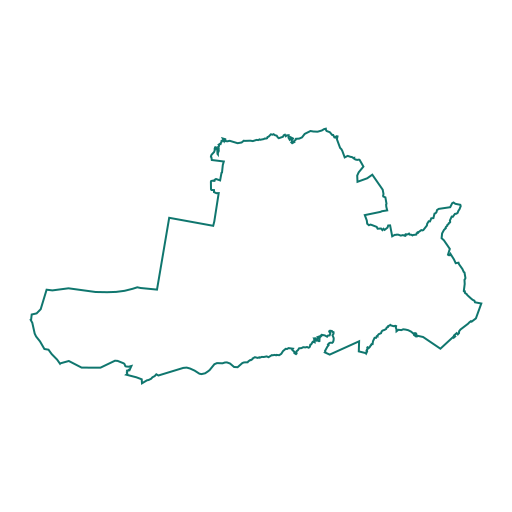 Nicolás Romero, México, Mexico (Albers equal-area conic projection)
{"feature_id": "50627088B48014744788931", "entity_name": "Nicolás Romero", "entity_type": "district", "adm_level": 2, "iso_a3": "MEX", "parent_name": "Mexico", "parent_adm1": "México", "projection": "albers", "projection_center": [-99.37, 19.634], "detail": "fine", "context": "isolated", "style": "outline", "palette": "teal", "viewbox_px": 512, "rotation_deg": 0, "n_neighbors": 0, "source": "geoboundaries", "source_scale": "gbopen_adm2", "svg_char_len": 6106}
<svg xmlns="http://www.w3.org/2000/svg" viewBox="0 0 512 512"><path d="M366.1,353.6L366.9,351.9L366.5,351.2L367.1,351.0L366.9,349.5L367.8,348.8L367.3,347.5L367.6,347.2L369.0,347.8L370.1,346.6L370.4,345.7L371.2,345.2L371.2,344.5L371.9,343.9L372.6,344.0L373.0,341.2L374.6,337.8L376.1,337.8L376.7,336.3L377.5,336.4L377.4,335.8L378.7,334.2L381.0,333.2L381.7,331.4L382.5,330.6L384.5,329.9L386.1,329.0L386.7,327.5L387.9,327.1L388.1,326.1L389.9,325.4L390.3,324.9L391.2,325.5L393.7,326.2L395.2,325.8L396.1,326.1L395.8,327.7L396.4,329.0L396.5,331.3L398.4,329.8L401.4,330.1L403.2,329.3L405.7,329.6L408.2,330.2L411.2,331.7L413.9,334.1L414.0,335.0L415.4,336.0L415.4,334.5L415.0,333.2L415.7,333.2L416.3,333.9L416.4,335.8L416.7,336.2L417.3,336.3L417.7,335.8L423.1,337.0L440.4,348.7L453.1,337.0L453.7,337.7L455.2,336.4L454.2,335.3L456.7,333.1L457.8,334.4L459.0,333.1L459.1,331.3L460.5,329.5L468.1,323.7L469.3,322.4L470.9,321.2L471.3,321.7L471.7,321.6L475.9,318.4L481.3,303.5L475.0,302.3L474.4,300.7L472.6,299.8L470.9,298.4L467.3,295.1L466.7,294.1L465.1,293.1L464.8,291.4L464.2,291.5L463.8,291.1L464.7,284.0L464.5,279.8L465.3,278.6L465.4,277.8L464.5,272.5L463.7,271.9L462.4,269.0L459.0,264.2L458.5,262.7L455.7,263.2L454.0,259.5L450.5,253.9L449.9,255.2L448.8,255.2L448.0,254.7L449.8,248.9L443.9,240.3L441.6,238.2L442.1,233.4L444.0,229.9L445.7,228.3L445.5,228.0L445.9,227.0L447.3,225.7L447.3,225.0L448.7,223.8L448.8,223.2L449.9,222.5L450.2,222.0L449.9,220.5L451.7,216.6L452.8,216.8L454.9,213.9L456.4,213.7L457.6,212.9L458.4,210.8L459.5,209.2L460.7,206.1L460.3,204.8L455.3,203.8L453.5,202.5L452.2,203.2L450.2,207.2L438.7,208.9L437.0,210.1L436.5,212.1L435.6,213.2L434.5,213.6L433.4,218.1L431.3,218.3L430.0,221.4L428.7,221.3L427.2,223.7L426.9,225.5L423.3,230.1L422.4,230.4L421.3,230.1L418.9,231.9L417.8,232.2L417.9,232.9L416.7,233.2L416.3,234.6L413.0,235.0L412.5,235.4L411.2,234.7L409.6,234.6L409.0,233.6L407.7,234.4L405.8,234.3L405.8,234.7L405.3,234.9L405.6,235.6L405.2,235.9L402.9,235.1L400.8,235.6L398.3,234.7L396.8,234.6L395.9,234.9L394.7,234.9L392.2,236.3L390.1,225.4L388.2,225.5L387.5,227.6L384.6,229.9L383.5,228.8L382.4,230.1L381.0,228.5L377.6,228.7L376.7,226.9L371.8,225.0L370.5,224.6L368.9,225.2L367.2,223.7L366.8,220.5L364.8,215.1L380.4,211.9L382.0,211.2L387.2,210.4L386.3,206.8L386.1,204.6L386.5,203.8L385.4,197.4L383.3,196.5L383.1,195.8L383.5,194.0L382.7,189.7L372.3,174.7L367.2,178.3L357.5,181.8L357.2,175.6L358.7,172.3L363.4,166.6L361.8,163.7L359.6,159.9L359.0,159.6L357.3,159.9L355.4,159.5L353.9,158.5L354.1,157.8L353.2,157.9L351.8,157.0L350.7,156.9L347.7,155.9L344.7,157.4L342.3,150.9L341.4,149.2L340.1,147.9L336.9,139.2L337.5,136.4L336.6,136.2L335.5,136.9L335.2,137.6L334.4,137.4L333.2,135.0L332.2,135.0L329.8,132.2L326.6,131.0L325.9,129.8L325.8,128.7L324.1,129.1L321.8,130.5L317.6,131.7L313.3,131.5L310.5,131.0L304.7,133.9L302.0,137.4L299.2,138.6L296.0,138.8L295.8,139.6L293.7,141.5L294.2,142.1L292.2,143.2L291.5,142.5L292.0,142.2L291.6,140.6L293.0,138.5L290.7,137.3L291.3,139.2L289.9,139.2L289.6,139.6L288.5,137.7L288.6,135.2L286.7,135.4L285.8,136.2L284.9,134.7L283.7,135.3L282.9,136.8L278.8,138.2L277.8,137.4L276.7,135.7L274.7,135.1L273.6,134.2L272.5,134.7L270.9,134.3L268.7,136.6L267.5,137.1L267.1,138.2L265.9,138.6L264.8,138.5L263.7,139.1L260.1,139.8L259.5,139.4L258.2,140.1L256.6,139.9L252.8,141.1L250.4,140.7L244.6,140.9L243.8,140.7L241.6,142.5L237.6,143.2L229.7,140.8L227.4,141.3L225.5,141.1L225.3,139.2L222.8,138.5L223.5,139.9L223.6,141.1L222.8,140.4L221.6,140.8L221.7,141.7L221.2,142.1L220.6,144.0L219.9,143.8L218.7,144.7L219.2,145.2L218.8,146.6L218.3,146.8L218.8,149.0L218.4,149.6L218.8,150.8L217.9,153.1L217.9,154.4L217.5,153.9L217.3,150.2L216.3,147.5L215.4,147.2L215.1,147.3L214.6,149.0L215.0,149.5L214.1,152.0L211.7,154.6L211.2,155.5L210.9,156.8L211.4,157.3L211.8,160.0L223.8,161.5L222.8,165.0L222.0,172.5L221.5,172.8L220.1,180.4L216.0,179.0L214.8,179.7L214.5,180.9L213.8,180.9L213.6,180.5L211.2,181.0L210.9,181.8L211.0,189.2L211.5,190.0L214.0,190.1L214.0,192.1L216.4,193.2L218.7,193.1L214.3,221.4L213.2,225.8L169.2,217.8L157.0,289.6L140.6,288.0L137.3,287.3L132.6,288.8L124.6,290.8L116.2,291.9L107.3,292.2L95.6,292.0L68.5,288.3L52.4,290.4L46.6,289.7L40.7,309.2L36.6,313.4L31.7,314.5L31.1,319.7L30.7,319.9L32.3,322.8L34.7,333.6L36.1,336.5L40.0,341.4L44.4,349.0L48.5,349.7L51.7,354.1L57.1,359.6L60.0,363.7L60.2,363.4L68.8,361.0L81.6,367.6L100.4,367.7L115.0,360.7L117.6,360.9L123.6,363.3L124.4,363.9L125.4,366.2L126.1,366.5L128.7,366.7L131.4,366.0L129.5,370.2L128.8,369.8L128.2,370.4L127.1,370.6L127.4,371.5L126.9,372.0L127.1,372.4L126.9,372.8L127.3,373.9L126.3,374.7L136.4,377.3L141.7,379.3L142.0,383.3L147.0,380.3L148.6,380.0L151.2,378.7L152.4,377.3L154.7,376.1L156.3,374.3L158.4,375.5L183.3,367.9L186.7,367.6L190.0,368.5L194.6,370.6L199.4,373.7L201.5,374.1L205.1,373.3L207.8,371.5L209.6,370.1L214.4,364.2L217.0,363.1L222.5,363.3L224.9,362.5L226.9,362.4L230.0,363.5L234.1,367.0L237.6,367.2L242.4,363.0L244.1,362.4L247.6,362.3L248.4,361.3L250.3,360.0L250.8,360.2L252.4,359.2L252.6,358.5L254.9,357.2L257.7,357.9L259.3,357.3L259.7,357.7L261.8,356.9L263.8,357.0L266.7,356.4L268.5,357.2L271.9,355.1L272.5,355.3L274.7,354.9L276.1,355.3L276.5,354.9L279.2,355.2L281.3,353.8L283.0,351.1L285.7,348.8L287.0,349.0L288.6,348.1L292.9,348.7L292.2,349.7L292.4,350.1L294.3,351.7L294.3,353.0L294.7,353.3L296.0,354.1L296.6,353.5L296.3,352.1L296.6,351.2L297.9,350.2L299.1,348.3L301.5,348.1L303.2,347.2L305.4,347.4L307.0,347.0L308.6,347.7L309.4,347.3L309.9,346.6L310.3,344.7L311.2,344.4L312.7,341.8L314.6,342.3L314.2,340.5L315.5,340.6L314.1,338.4L315.4,338.3L318.0,340.7L319.0,341.2L319.4,341.1L319.6,338.1L318.2,338.4L317.5,337.1L320.0,336.2L320.0,337.2L321.3,336.0L320.9,335.6L321.6,334.8L324.8,335.4L327.1,336.7L327.9,335.6L329.6,335.4L330.4,332.9L329.5,332.1L329.2,331.3L330.0,330.7L331.9,331.0L333.1,332.5L333.5,332.3L333.6,332.7L333.5,333.8L332.5,335.2L333.7,338.1L333.6,340.1L333.1,341.9L332.3,342.8L330.2,342.7L328.9,343.4L328.0,344.5L328.6,345.1L327.3,346.8L325.0,351.0L325.5,352.2L325.1,352.5L329.7,354.6L359.1,341.3L358.8,351.4L365.7,353.1L366.1,353.6Z" fill="none" stroke="#0f766e" stroke-width="2"/></svg>